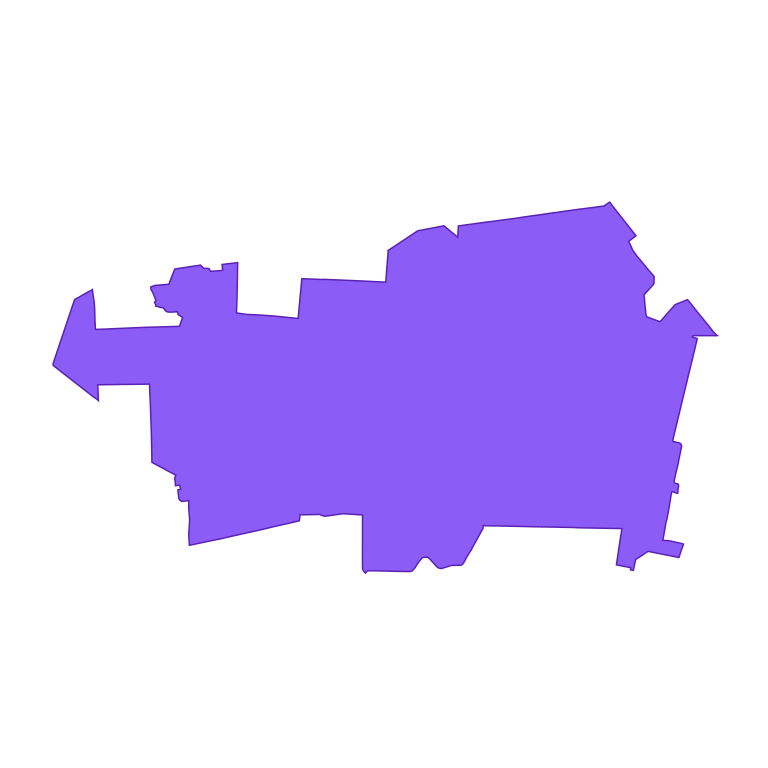 Chirnogeni, Constanta, Romania, rotated 272°
{"feature_id": "2599482B22610394630164", "entity_name": "Chirnogeni", "entity_type": "district", "adm_level": 2, "iso_a3": "ROU", "parent_name": "Romania", "parent_adm1": "Constanta", "projection": "orthographic", "projection_center": [28.21, 43.932], "detail": "fine", "context": "isolated", "style": "filled", "palette": "violet", "viewbox_px": 768, "rotation_deg": 272, "n_neighbors": 0, "source": "geoboundaries", "source_scale": "gbopen_adm2", "svg_char_len": 5578}
<svg xmlns="http://www.w3.org/2000/svg" viewBox="0 0 768 768"><g transform="rotate(272 384 384)"><path d="M216.0,195.1L217.3,200.4L221.2,216.2L221.9,219.2L223.8,227.1L225.2,232.1L228.5,244.7L232.8,261.4L235.2,270.3L237.8,279.6L240.0,288.0L240.4,289.7L241.4,293.4L244.3,304.1L244.6,304.2L250.6,304.7L250.6,305.5L250.4,306.1L250.7,311.8L251.1,319.1L251.1,319.3L251.4,324.4L250.6,326.3L250.2,327.3L250.0,328.3L249.9,329.2L249.9,330.3L250.3,332.7L252.6,345.7L252.8,346.2L252.9,347.7L252.7,355.2L252.4,367.1L225.6,368.0L204.9,368.7L199.1,369.0L198.4,369.1L196.5,370.0L194.3,372.0L196.3,373.6L196.7,374.6L196.9,377.6L197.1,388.1L197.2,403.6L197.3,410.2L197.5,417.1L198.3,418.9L201.3,421.3L204.5,423.2L207.8,425.2L211.6,428.2L212.2,429.6L212.4,433.5L211.4,435.1L206.0,440.5L202.6,443.8L202.1,445.0L201.8,445.9L201.6,448.0L203.8,454.3L205.1,457.8L205.1,458.4L205.5,466.7L206.0,468.1L206.8,469.0L207.8,469.7L215.2,473.4L220.2,476.3L222.3,477.7L222.7,477.5L225.7,479.1L230.3,481.5L236.7,484.7L243.1,488.0L246.1,488.1L246.2,488.3L245.8,490.1L245.8,491.3L245.9,494.4L246.1,501.4L246.3,516.6L246.4,523.7L246.6,541.3L246.8,552.5L247.0,562.2L247.0,562.3L247.0,566.7L247.2,577.2L247.1,583.4L247.1,583.5L247.5,607.6L247.6,613.3L247.7,620.1L247.8,626.8L246.5,626.7L241.6,626.1L241.4,626.0L212.6,622.7L211.4,622.6L210.6,627.0L209.1,636.9L206.8,636.8L206.4,639.7L208.7,640.1L216.8,641.5L217.4,641.6L219.5,644.6L221.8,648.0L225.4,652.8L225.9,654.2L224.2,664.2L224.2,664.3L220.9,684.7L221.0,684.8L227.7,686.8L234.4,688.9L234.8,687.8L236.1,681.1L237.3,674.4L237.5,668.2L238.0,668.2L246.3,669.4L255.3,670.6L258.2,671.3L263.7,672.2L268.8,673.0L272.7,673.5L276.8,674.0L281.3,674.6L283.6,674.9L286.0,675.3L286.4,675.6L286.5,675.8L286.3,676.7L285.7,678.6L285.1,680.3L285.0,680.8L285.0,681.1L285.2,681.4L285.3,681.4L286.1,681.5L287.0,681.5L287.5,681.5L288.3,681.5L289.0,681.5L292.3,682.0L293.1,681.9L293.7,681.8L294.1,681.5L294.5,680.9L294.8,679.3L295.0,678.4L295.2,677.8L295.5,677.6L295.9,677.4L296.3,677.4L297.2,677.4L297.8,677.5L299.7,677.8L301.6,678.1L313.4,680.5L315.3,680.8L325.6,682.5L332.2,683.6L333.1,683.4L334.1,682.9L334.6,682.6L335.2,681.7L335.5,680.9L336.7,674.7L338.5,674.7L392.0,685.6L429.7,693.4L440.3,695.5L441.7,690.5L441.8,690.4L442.1,690.4L442.6,690.8L442.9,691.1L443.1,691.6L443.2,692.1L443.2,693.5L443.3,695.9L443.5,702.9L443.7,708.6L443.8,711.4L443.9,715.3L444.0,715.5L444.6,714.5L445.3,713.7L446.1,712.9L447.1,711.9L448.1,711.0L448.7,710.5L449.5,709.8L451.1,708.5L452.5,707.3L454.4,705.7L456.5,703.8L458.6,702.0L460.1,700.7L462.4,698.7L464.7,696.6L468.5,693.3L471.2,691.1L473.0,689.5L475.4,687.5L478.9,684.4L477.0,680.1L474.9,675.4L474.9,675.1L474.8,674.8L474.7,674.5L474.5,674.3L474.3,674.1L473.6,672.5L473.1,671.9L472.2,671.2L470.1,669.4L467.2,666.9L462.5,663.1L456.7,658.5L456.1,657.6L456.1,657.0L458.3,650.3L460.2,644.6L460.6,644.1L461.9,643.6L463.0,643.3L466.9,642.8L474.5,641.7L479.4,641.2L481.1,640.9L482.3,640.8L485.0,643.1L493.2,650.1L493.6,650.2L500.1,650.3L500.9,650.1L502.5,648.7L508.1,643.5L517.1,635.6L520.6,632.3L522.4,631.1L523.3,630.3L523.7,630.0L524.4,629.5L525.1,628.9L526.1,628.1L526.6,627.8L527.4,627.4L529.2,626.6L531.2,625.6L532.4,624.9L534.0,624.0L534.9,623.5L535.1,623.7L536.3,625.1L537.5,626.5L538.7,627.9L539.8,629.3L540.3,629.9L541.0,630.6L565.9,609.6L570.9,605.4L573.7,603.3L572.5,601.4L571.1,599.6L570.5,598.7L569.6,598.4L569.5,597.2L568.7,592.4L567.9,587.8L567.4,585.2L567.0,582.2L566.8,581.0L566.6,579.8L565.7,574.4L564.9,569.5L563.1,559.2L561.3,549.3L561.2,547.7L561.1,547.1L560.8,546.1L558.3,532.4L557.3,526.5L555.3,515.3L554.6,512.2L552.0,496.5L549.4,481.3L549.5,481.3L544.6,452.8L539.7,452.7L533.9,452.5L533.3,452.5L535.0,450.3L544.2,438.4L542.0,428.8L538.4,412.8L538.1,412.1L527.8,397.7L517.5,383.3L515.6,383.5L500.7,382.8L485.8,382.2L486.2,358.8L486.3,346.0L486.3,345.9L486.5,319.8L486.3,319.2L486.4,298.2L446.6,295.9L446.6,294.1L448.1,271.9L448.6,258.3L448.8,243.8L449.9,234.1L457.0,234.1L463.4,234.1L480.1,233.9L490.2,233.7L500.2,233.5L499.0,225.7L497.8,218.0L492.4,218.8L491.8,217.9L490.8,209.4L490.8,209.5L490.6,206.7L493.3,205.1L493.4,199.8L496.4,196.5L495.0,188.8L491.6,170.9L486.8,169.2L479.2,166.5L476.2,165.6L474.5,151.6L473.6,149.3L473.2,148.1L472.9,147.6L471.1,147.7L469.7,148.1L468.3,149.2L465.9,150.4L460.9,152.5L459.9,153.2L459.4,153.1L458.8,152.8L457.8,151.8L457.0,152.1L455.1,153.2L454.3,153.4L453.8,153.2L453.5,155.2L453.2,156.5L452.7,157.5L452.6,160.3L452.1,161.1L450.5,162.2L449.0,163.9L448.4,165.6L448.4,168.8L449.0,175.0L446.2,175.8L443.5,180.4L443.4,180.4L439.0,179.0L434.6,177.6L434.4,176.5L432.7,149.5L432.2,142.0L429.8,111.2L429.1,103.1L428.5,93.7L437.7,92.9L449.4,92.2L455.1,91.6L462.1,90.3L464.5,89.9L468.2,89.3L466.9,87.3L466.1,85.7L463.2,81.0L460.7,77.0L458.0,72.7L457.9,72.4L457.7,72.0L457.4,71.8L446.8,68.6L437.0,65.7L432.0,64.2L425.5,62.3L420.2,60.7L414.9,59.1L403.7,55.8L393.3,52.7L392.0,52.5L391.0,52.8L384.0,62.2L384.0,62.3L377.3,71.5L368.8,83.3L367.7,84.8L366.4,86.6L361.5,93.3L360.5,94.7L360.0,95.7L359.5,96.5L358.7,97.7L357.8,98.7L357.4,99.2L362.3,98.8L369.2,98.3L373.2,98.0L374.3,120.0L374.8,130.8L375.7,149.6L356.8,151.1L351.1,151.5L334.0,152.7L333.9,152.7L328.5,153.1L318.0,153.7L307.6,154.3L297.6,154.8L293.1,163.9L290.2,169.7L285.7,179.0L283.6,178.5L282.8,178.2L280.6,178.3L279.8,178.8L277.3,178.9L275.1,179.1L275.8,183.2L271.6,184.5L271.0,181.7L266.0,182.4L262.2,183.0L260.8,184.0L260.4,185.3L259.6,185.5L260.5,192.7L260.5,192.9L257.0,193.0L253.4,193.2L248.5,193.7L241.5,194.5L233.5,194.3L227.6,194.1L224.6,194.3L216.1,195.1L216.0,195.1Z" fill="#8b5cf6" stroke="#5b21b6" stroke-width="1.5"/></g></svg>